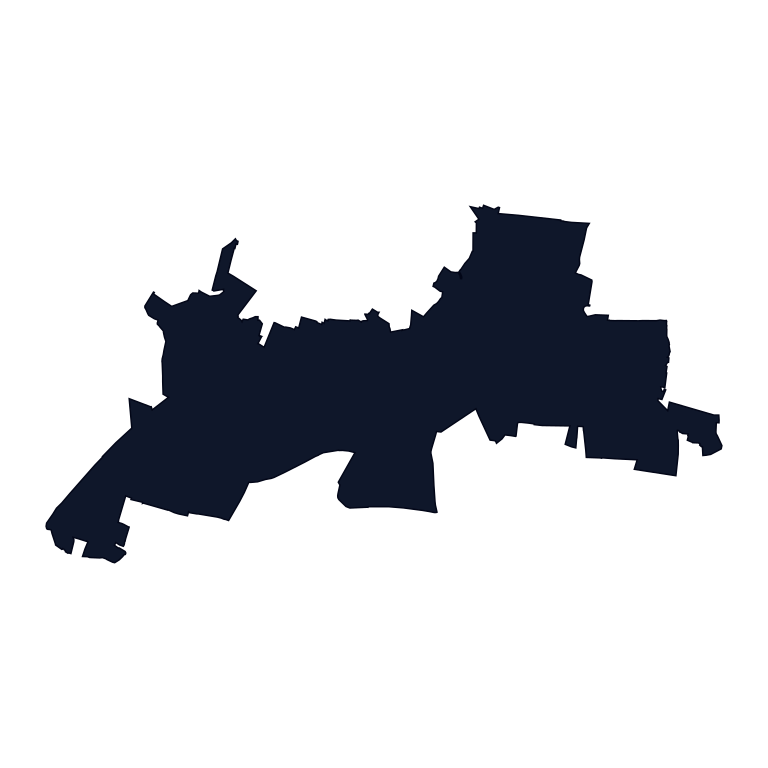 San Pedro Tlaquepaque, Jalisco, Mexico
{"feature_id": "50627088B40008618856447", "entity_name": "San Pedro Tlaquepaque", "entity_type": "district", "adm_level": 2, "iso_a3": "MEX", "parent_name": "Mexico", "parent_adm1": "Jalisco", "projection": "orthographic", "projection_center": [-103.358, 20.593], "detail": "fine", "context": "isolated", "style": "filled", "palette": "ink", "viewbox_px": 768, "rotation_deg": 0, "n_neighbors": 0, "source": "geoboundaries", "source_scale": "gbopen_adm2", "svg_char_len": 6081}
<svg xmlns="http://www.w3.org/2000/svg" viewBox="0 0 768 768"><path d="M235.4,238.8L231.4,242.8L222.6,248.9L217.1,271.8L215.8,275.8L212.2,290.1L213.2,290.5L213.8,291.0L223.6,289.3L223.4,290.4L224.0,291.5L219.5,295.0L217.5,295.4L209.7,296.3L201.4,292.1L199.1,290.5L198.7,292.9L198.2,293.2L192.7,293.0L190.6,294.8L188.0,300.2L188.1,300.5L171.7,306.4L164.3,301.5L153.9,294.2L153.6,293.9L154.3,292.5L153.5,292.1L144.9,306.0L144.9,307.7L146.0,309.5L147.8,313.7L148.7,315.3L154.4,318.8L158.0,320.0L157.8,321.5L157.3,323.0L157.4,324.2L158.2,324.8L158.4,325.3L159.0,325.6L159.6,326.6L163.4,331.0L163.5,332.6L164.5,337.2L165.9,341.4L164.0,350.2L163.3,354.5L162.2,358.8L162.0,361.5L162.2,362.9L162.7,375.8L162.7,381.7L163.1,394.2L168.5,397.3L152.2,409.9L151.2,406.7L150.6,406.8L129.2,398.7L131.8,428.1L115.8,442.8L102.5,456.5L102.9,456.8L95.0,465.0L69.7,493.7L61.8,503.0L56.5,508.2L52.8,514.2L46.6,523.1L46.1,526.3L46.7,528.7L47.6,529.3L50.3,529.6L51.2,530.0L52.0,533.4L55.4,543.8L55.6,545.0L61.8,549.4L62.4,549.2L62.7,548.5L63.1,548.6L63.6,548.9L64.2,549.8L65.4,550.6L65.4,551.7L67.9,553.2L68.2,553.0L69.4,553.1L70.9,553.6L73.8,541.7L73.9,539.7L73.0,537.3L73.5,537.4L78.6,538.8L86.4,541.3L86.5,541.0L88.0,541.8L85.0,548.9L82.5,556.5L87.5,556.7L89.7,557.5L99.6,557.9L102.5,557.6L105.9,558.8L107.1,559.6L112.6,562.2L114.7,562.7L119.3,559.8L122.8,556.4L123.7,555.0L125.3,554.4L125.7,553.5L125.7,552.7L125.1,551.5L119.5,548.1L119.0,547.9L118.5,548.2L114.5,545.3L115.8,542.5L119.5,544.9L123.3,546.3L123.9,545.4L124.4,543.9L124.6,542.0L124.7,541.6L125.0,541.5L125.6,538.8L129.1,527.3L129.1,527.0L128.4,526.9L123.8,524.4L121.8,523.5L118.1,522.4L118.5,521.4L118.6,519.9L125.7,495.9L131.5,498.1L131.0,499.5L141.9,502.1L142.7,502.6L142.5,503.4L143.3,503.1L167.7,510.1L167.8,509.7L174.2,512.6L178.5,513.9L187.5,515.8L188.6,511.7L189.6,512.7L196.8,513.9L198.1,513.9L217.4,517.1L221.3,518.1L224.0,519.2L225.8,519.5L228.6,520.5L239.7,501.3L244.3,492.5L248.8,482.3L250.6,482.4L257.6,481.8L265.6,479.4L271.2,478.4L274.1,477.4L285.1,472.1L304.6,462.2L315.4,456.4L318.3,455.2L319.3,454.5L323.3,452.7L338.8,450.2L339.0,450.5L342.4,450.4L348.7,451.0L355.0,452.6L338.3,482.2L339.9,485.0L338.0,493.7L337.7,495.9L337.9,497.8L338.9,499.6L346.0,506.5L349.8,508.0L367.7,507.2L368.0,507.3L368.5,506.7L388.6,506.7L403.5,507.9L422.6,510.4L429.2,511.5L434.2,512.5L436.1,512.5L437.0,512.2L435.4,505.1L435.0,501.7L433.9,485.5L432.9,463.3L430.9,453.3L430.9,451.5L431.5,448.9L435.7,434.7L436.5,431.5L441.0,432.0L475.9,408.7L478.8,415.8L490.1,440.1L494.9,440.7L495.9,441.8L496.5,443.3L502.0,438.9L505.0,434.9L510.9,435.6L515.7,436.4L516.0,436.1L517.5,423.3L518.4,422.4L521.7,422.4L528.6,423.1L534.2,423.9L534.2,424.6L542.2,425.5L569.9,425.9L565.2,444.3L571.5,446.8L575.8,447.9L576.6,438.6L576.8,438.0L577.6,426.3L583.2,426.6L583.5,430.8L583.7,431.1L585.8,450.5L586.3,457.4L601.0,457.9L601.2,458.2L601.9,458.1L602.0,457.8L614.2,458.7L637.2,459.8L634.3,469.3L675.9,475.7L678.2,454.1L678.3,445.5L678.2,440.2L677.8,438.6L677.2,431.6L677.4,430.3L678.5,430.5L679.8,432.1L680.4,432.2L682.6,433.5L688.1,434.0L687.8,435.6L688.1,436.1L688.2,436.9L687.3,440.2L692.1,442.2L692.7,442.7L698.5,442.9L699.8,443.7L700.0,444.0L699.7,445.1L701.5,446.7L702.4,446.7L702.9,455.5L706.2,455.2L710.7,454.4L721.2,448.9L721.9,445.6L717.4,435.9L716.1,433.7L715.9,431.9L716.3,422.7L719.0,422.8L719.1,420.2L718.8,415.1L714.0,415.1L669.4,402.1L667.7,410.7L657.8,400.6L658.2,398.5L661.9,399.5L665.7,389.9L664.2,389.4L663.5,391.6L661.7,391.0L660.9,388.6L660.7,386.9L662.9,387.0L664.8,387.8L666.7,373.0L666.0,372.9L667.0,366.5L665.6,365.4L667.6,362.3L668.5,362.3L668.9,357.9L667.3,357.2L668.5,356.1L669.0,355.1L669.5,352.7L670.1,351.7L669.0,345.8L669.4,344.5L669.1,343.4L669.1,342.4L668.0,339.1L666.9,336.8L666.7,335.3L666.8,329.2L666.6,328.1L666.8,325.4L666.5,325.0L666.5,322.5L666.7,321.5L666.4,320.5L664.5,320.6L660.0,320.1L656.3,320.7L642.7,320.6L638.8,320.8L617.6,320.6L615.2,320.7L609.3,320.5L609.3,320.2L607.5,320.2L608.3,315.3L595.3,314.8L588.8,316.3L587.0,316.5L584.3,312.4L583.3,310.3L583.5,308.1L584.0,307.1L585.4,306.0L587.2,305.7L589.3,306.0L589.7,305.9L589.8,305.6L589.7,305.0L588.1,305.2L592.0,281.7L591.8,280.1L581.0,274.9L578.5,274.4L575.3,272.9L579.2,265.4L579.7,263.5L579.4,259.5L579.6,257.1L584.1,239.9L586.5,228.3L587.0,227.2L589.3,223.4L571.4,222.4L563.3,221.4L563.4,221.1L560.6,220.8L560.7,220.0L559.6,219.9L518.2,215.3L498.2,213.6L499.5,207.6L498.2,207.2L494.2,209.4L483.6,205.3L482.6,208.3L479.5,207.2L479.0,208.6L470.3,206.7L478.9,219.2L475.2,221.8L476.4,222.9L476.3,232.9L473.1,232.9L473.0,251.2L472.3,251.3L469.3,258.4L464.9,263.4L460.5,270.0L460.3,269.9L459.1,271.6L460.8,274.1L461.2,275.1L461.8,277.2L461.6,278.7L460.5,278.6L460.2,276.3L459.2,274.1L458.1,272.4L455.1,272.5L450.9,271.9L444.3,267.2L438.6,276.2L438.1,278.5L437.0,281.0L435.5,282.5L433.9,283.1L433.1,286.4L434.6,287.0L440.1,291.2L442.7,291.8L441.8,297.8L440.7,298.4L438.6,301.5L436.6,303.6L433.8,305.2L426.8,312.9L423.5,316.8L411.8,310.3L411.5,315.4L410.7,324.8L409.5,328.6L402.2,330.4L402.4,329.8L390.6,332.1L389.9,328.5L389.2,326.9L389.0,323.7L380.3,318.2L378.1,316.6L377.7,315.2L378.1,314.0L379.0,312.3L377.6,312.3L372.4,309.1L369.9,312.8L368.9,313.3L369.2,313.8L367.6,314.3L364.9,314.1L364.9,314.4L367.5,319.5L367.4,320.6L363.2,320.8L361.9,321.2L361.4,322.1L358.0,320.1L357.3,320.4L351.3,320.2L350.2,320.0L350.0,320.9L336.2,320.1L330.4,319.3L328.3,319.4L328.2,320.8L327.4,320.8L327.4,320.3L326.2,320.3L325.1,319.4L324.1,323.4L322.1,322.3L321.7,324.5L316.8,322.5L316.9,321.7L315.5,321.0L301.5,317.1L298.7,328.0L295.7,326.8L294.4,329.6L290.3,327.9L285.7,327.1L284.3,327.2L275.1,322.8L274.1,322.6L264.1,347.3L258.3,343.6L257.9,343.6L261.3,337.2L260.3,336.8L261.4,336.3L259.0,335.4L262.3,323.8L259.5,320.2L258.0,320.3L258.0,316.7L255.2,316.7L252.9,317.8L249.8,318.8L247.8,319.9L243.2,319.2L242.0,321.8L241.0,320.1L237.8,317.4L238.2,316.1L237.7,315.2L256.2,290.8L233.3,276.2L227.9,273.1L230.9,260.8L234.3,248.1L234.9,248.4L236.0,244.0L237.4,244.3L237.7,243.0L238.0,241.3L237.0,240.9L236.3,240.4L235.4,238.8Z" fill="#0f172a" stroke="#020617" stroke-width="1.5"/></svg>